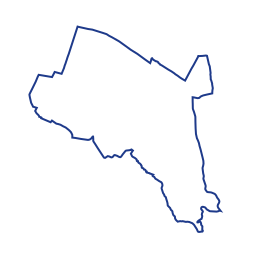 Miguel Hidalgo, Distrito Federal, Mexico, rotated 277°
{"feature_id": "50627088B27674873291342", "entity_name": "Miguel Hidalgo", "entity_type": "district", "adm_level": 2, "iso_a3": "MEX", "parent_name": "Mexico", "parent_adm1": "Distrito Federal", "projection": "natural_earth1", "projection_center": [-99.216, 19.43], "detail": "fine", "context": "isolated", "style": "outline", "palette": "blue", "viewbox_px": 256, "rotation_deg": 277, "n_neighbors": 0, "source": "geoboundaries", "source_scale": "gbopen_adm2", "svg_char_len": 5623}
<svg xmlns="http://www.w3.org/2000/svg" viewBox="0 0 256 256"><g transform="rotate(277 128 128)"><path d="M137.6,31.1L136.9,35.0L133.6,33.8L131.5,35.4L129.9,37.5L129.4,38.0L128.5,38.6L128.3,38.6L128.1,40.0L127.9,40.6L127.8,40.8L127.5,40.8L127.1,40.7L124.3,50.5L126.1,51.6L123.6,56.3L123.4,58.4L123.0,60.6L121.8,63.4L120.9,66.1L119.0,69.2L118.0,70.6L116.8,72.0L115.7,72.7L114.5,73.5L113.2,73.7L112.1,73.9L111.7,73.9L111.7,77.0L111.4,82.9L111.3,89.6L111.5,90.5L111.7,90.9L111.9,91.4L112.5,92.2L113.2,92.8L115.0,93.9L115.1,94.0L115.3,94.3L115.2,94.4L114.2,94.6L112.6,94.9L111.4,95.0L110.5,95.3L109.8,95.9L107.8,97.6L104.6,100.2L96.2,107.3L95.7,107.8L95.6,108.1L95.6,108.5L95.6,109.0L97.6,111.3L97.5,112.7L96.8,115.0L96.9,115.3L97.0,115.7L97.2,116.0L97.4,116.3L99.0,117.4L99.4,117.7L99.5,118.0L99.5,118.5L99.0,120.8L98.5,121.9L98.2,122.8L98.1,123.5L98.1,123.8L98.2,124.1L98.4,124.3L98.8,124.7L101.4,126.1L104.6,128.1L105.0,128.4L105.2,128.6L105.3,128.8L105.4,129.1L105.5,129.4L106.0,131.6L106.3,132.6L106.6,133.5L107.1,133.9L107.1,134.1L107.0,134.3L106.6,134.9L106.4,135.2L106.2,135.6L104.2,134.6L102.8,134.0L102.1,134.5L100.9,135.2L100.4,135.6L100.1,136.0L99.7,136.9L99.2,138.3L98.4,139.6L98.2,139.9L97.8,140.4L97.5,140.6L96.8,140.6L96.4,140.8L96.2,141.0L96.1,141.7L96.2,142.0L95.3,142.3L95.0,142.5L94.9,142.8L94.6,143.1L94.4,143.6L94.1,144.2L94.0,144.4L93.6,144.8L93.1,145.4L92.5,145.6L92.4,145.9L91.7,146.3L91.2,146.3L90.9,146.4L90.4,146.5L90.2,146.7L90.1,146.9L90.0,147.6L89.8,148.2L89.5,148.5L89.3,148.6L88.8,148.8L88.8,149.1L88.7,149.8L88.6,150.1L88.3,150.5L87.8,150.8L87.3,151.0L87.2,151.5L87.1,151.9L86.7,152.0L86.2,151.8L86.0,152.2L86.1,152.8L86.0,153.1L85.8,153.8L85.9,154.3L85.8,154.5L85.7,154.8L85.5,155.6L85.3,155.7L85.3,156.4L84.8,158.5L84.5,158.2L84.2,158.1L83.9,158.1L83.5,158.2L83.3,158.5L83.0,158.9L82.8,159.9L81.2,161.2L80.9,161.6L80.7,162.1L80.2,163.3L79.1,165.4L78.3,167.5L78.0,167.9L77.5,168.3L76.9,168.7L75.4,169.2L74.9,169.1L74.3,169.1L73.0,168.7L72.4,168.7L71.9,168.8L70.6,169.4L67.6,170.8L66.3,172.0L65.6,172.2L64.9,172.6L63.9,174.0L62.3,174.6L59.2,176.0L57.4,176.6L56.5,176.7L55.8,177.0L55.4,177.4L55.1,177.9L54.6,178.4L54.1,179.1L53.7,179.6L52.4,180.3L51.8,180.8L51.4,181.5L50.7,182.2L49.2,182.6L48.1,183.1L46.9,183.8L45.9,185.3L43.9,185.8L42.9,186.5L42.0,187.5L41.1,188.8L41.5,189.9L41.9,191.1L41.9,191.8L41.9,192.5L41.9,192.8L42.2,193.6L42.1,194.5L42.0,195.6L41.9,196.3L41.9,197.0L42.2,198.3L42.2,199.1L42.2,200.2L41.3,203.5L40.0,205.3L35.9,208.7L34.2,209.7L33.8,210.0L33.7,210.2L33.5,210.5L33.5,210.8L33.6,211.8L34.0,213.0L34.2,214.1L34.2,214.3L34.3,214.5L35.0,214.8L35.4,214.7L35.8,214.2L36.0,214.1L39.4,213.8L39.6,213.7L40.5,212.7L40.8,212.5L41.0,212.4L41.3,212.3L42.1,212.2L42.5,212.0L43.0,211.8L43.5,211.4L43.8,211.2L43.9,210.8L43.9,210.6L43.0,209.4L42.9,209.2L42.8,208.9L42.8,208.6L42.8,208.4L43.0,208.3L43.5,208.4L44.0,208.8L44.8,209.5L46.2,211.2L46.6,211.7L46.7,212.0L46.8,212.1L47.5,212.2L48.8,212.4L49.6,212.4L50.0,212.3L50.8,211.9L51.3,211.8L52.1,211.9L52.8,212.0L53.3,212.2L54.0,212.5L54.4,212.4L54.7,212.2L56.1,210.8L56.5,210.5L56.8,210.4L57.1,210.4L58.0,210.5L58.3,210.7L58.7,211.2L58.9,211.8L58.9,212.2L58.8,213.0L58.5,214.3L58.1,214.8L57.0,215.9L56.8,216.1L56.3,217.3L55.7,218.6L55.5,219.1L55.4,219.5L55.8,225.9L55.9,226.4L56.5,228.0L56.9,228.6L57.1,229.0L57.2,229.4L57.1,229.9L59.9,227.2L60.4,226.9L61.4,226.5L62.0,226.5L62.8,226.6L65.0,227.5L65.9,227.6L66.4,227.6L66.9,227.4L68.1,226.6L69.5,225.2L70.0,224.8L71.3,224.0L71.8,223.6L72.4,223.1L72.9,222.5L73.2,221.9L73.4,221.4L74.1,218.8L74.2,218.0L74.1,215.1L74.2,214.7L74.3,214.2L74.6,213.9L76.1,212.5L76.5,212.3L76.9,212.1L77.4,212.1L77.9,212.1L79.1,212.2L79.6,212.2L80.0,212.1L80.5,212.0L81.1,211.7L86.3,209.2L86.8,209.0L87.5,209.0L88.9,209.1L89.4,209.1L89.8,209.0L90.2,208.9L92.0,208.2L95.5,207.3L97.2,206.9L97.9,206.9L99.7,207.2L101.8,207.3L104.6,206.8L107.6,205.7L115.4,202.7L118.9,201.2L121.8,200.2L122.5,199.8L123.7,199.2L125.4,198.2L126.1,197.7L129.5,196.5L130.3,196.2L135.6,195.2L142.1,194.2L147.3,193.5L148.2,193.2L149.1,192.8L151.9,191.6L154.4,190.3L154.8,190.1L155.7,189.9L160.0,189.3L161.8,189.0L166.4,188.4L166.4,189.6L166.1,193.3L166.2,193.9L166.4,194.5L166.5,194.9L167.0,195.4L168.2,196.5L168.5,196.9L169.1,198.0L169.5,198.7L170.9,202.5L171.6,204.5L172.6,207.4L173.7,207.3L175.5,207.2L177.7,207.3L177.9,207.3L180.2,206.6L181.5,206.2L182.4,206.1L185.6,204.7L186.0,204.4L186.3,204.2L187.1,204.1L188.1,203.9L188.6,203.9L191.4,203.2L192.6,203.3L199.2,201.6L201.2,200.5L209.3,197.6L209.4,197.3L209.4,196.7L209.4,196.4L208.6,193.0L208.2,190.7L208.0,189.0L206.8,188.7L205.0,188.0L197.9,185.2L194.5,183.7L190.8,182.3L185.6,180.3L182.0,178.9L183.5,175.4L184.7,173.0L185.5,171.7L186.2,170.4L187.2,168.3L187.8,167.5L189.5,164.2L190.9,160.9L194.2,154.0L194.6,153.0L194.8,152.2L195.4,151.8L196.1,150.5L196.4,150.2L196.6,150.1L196.9,150.0L197.2,149.5L197.4,149.2L197.6,148.2L197.7,147.9L197.6,147.7L197.8,147.1L199.0,144.5L199.1,144.3L199.3,144.2L199.5,144.1L200.2,143.4L200.1,143.2L199.9,143.0L199.0,142.7L198.4,142.7L197.9,142.7L195.1,142.1L198.0,136.7L202.7,128.3L205.8,121.6L206.7,119.9L209.0,115.8L210.8,112.5L212.5,109.4L213.1,108.2L216.3,100.5L217.2,98.0L218.2,96.0L218.5,95.4L218.6,95.0L219.4,91.0L221.3,80.6L221.4,76.3L221.6,74.3L222.3,67.0L222.5,65.6L195.5,60.4L194.4,60.2L192.8,59.8L190.6,59.3L188.3,58.9L186.5,58.5L184.3,58.1L182.4,57.6L180.0,57.2L179.8,57.2L173.7,55.5L174.2,51.8L174.7,48.4L172.4,47.6L169.3,46.4L169.9,32.9L168.0,32.2L162.6,30.7L160.6,30.0L156.0,28.4L151.5,26.8L149.7,26.2L149.0,26.1L146.4,26.9L144.2,27.7L141.2,28.8L138.2,30.8L137.6,31.1Z" fill="none" stroke="#1e3a8a" stroke-width="2"/></g></svg>